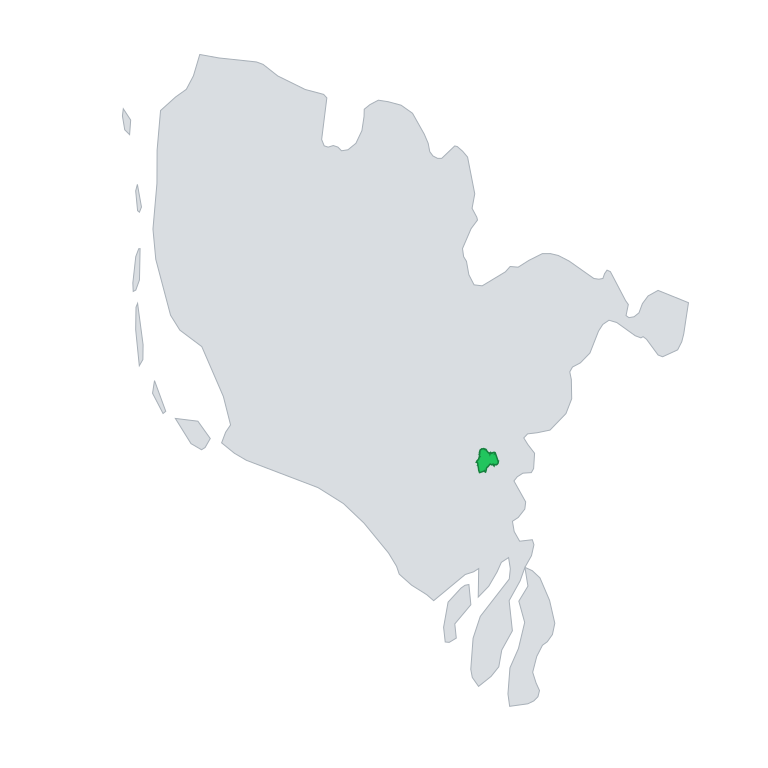 Oosterhout, Noord-Brabant, Netherlands (highlighted), rotated 277°
{"feature_id": "6326949B60940309425177", "entity_name": "Oosterhout", "entity_type": "district", "adm_level": 2, "iso_a3": "NLD", "parent_name": "Netherlands", "parent_adm1": "Noord-Brabant", "projection": "natural_earth1", "projection_center": [4.867, 51.632], "detail": "fine", "context": "in_parent", "style": "filled", "palette": "green", "viewbox_px": 768, "rotation_deg": 277, "n_neighbors": 0, "source": "geoboundaries", "source_scale": "gbopen_adm2", "svg_char_len": 5847}
<svg xmlns="http://www.w3.org/2000/svg" viewBox="0 0 768 768"><g transform="rotate(277 384 384)"><path d="M501.8,676.3L485.5,675.8L470.3,675.4L462.3,674.4L453.7,671.3L449.7,664.9L445.0,657.2L446.2,652.5L460.4,639.1L462.6,635.4L461.1,633.4L462.5,627.5L473.4,607.5L474.7,599.5L469.8,593.9L462.7,590.5L439.8,584.6L428.9,576.3L423.8,569.0L418.7,566.9L411.2,569.4L392.2,572.1L376.8,568.2L358.5,554.4L354.3,542.0L352.0,532.6L347.5,529.3L341.4,534.2L333.6,541.9L318.3,542.8L314.0,541.0L313.2,536.7L312.4,532.7L308.2,527.6L303.6,524.8L284.2,539.0L277.0,539.0L267.9,533.5L263.4,528.2L253.4,531.2L244.5,537.8L247.5,550.2L242.7,552.4L231.6,551.3L219.2,546.2L205.2,543.1L184.2,534.6L154.7,541.5L134.3,533.3L117.3,532.4L106.8,525.9L95.4,514.7L103.5,507.4L111.4,504.9L142.5,503.4L165.1,507.9L205.7,532.1L216.0,531.9L226.9,528.8L221.3,522.2L211.2,519.1L196.0,512.6L184.0,503.5L212.4,500.5L208.5,495.8L204.8,487.8L175.0,459.7L180.1,452.1L187.7,435.9L197.1,422.3L204.6,418.7L216.8,409.1L243.5,381.1L260.4,358.3L273.1,331.2L291.5,256.7L297.0,244.0L305.8,230.0L316.9,232.7L324.7,236.7L352.0,226.1L398.9,198.6L412.6,174.8L426.2,163.8L479.9,142.3L509.6,135.8L555.4,134.2L588.4,130.3L628.2,128.9L643.5,142.2L652.4,151.9L666.6,157.3L688.6,161.0L687.5,180.3L688.1,218.2L686.5,225.0L676.8,241.0L666.7,269.9L664.1,288.8L661.0,292.4L619.1,292.3L613.1,295.6L612.3,299.7L614.5,304.6L613.5,309.4L610.3,313.4L612.1,319.7L619.5,326.8L632.8,331.2L647.0,331.6L654.3,330.9L659.6,336.0L665.0,343.8L664.7,353.7L662.8,367.0L656.2,379.3L636.9,393.5L628.3,398.5L620.2,401.1L616.3,404.8L614.5,409.6L615.0,413.8L628.9,425.2L628.6,427.8L624.6,433.7L619.4,439.3L583.8,450.9L569.1,450.0L560.8,455.8L558.1,456.8L548.8,451.5L528.0,445.4L520.1,447.5L515.8,450.9L502.8,454.9L493.4,461.3L493.4,469.5L510.1,490.8L516.0,494.9L516.3,502.9L524.4,512.8L532.7,525.3L533.7,533.2L532.8,541.3L528.6,552.7L514.3,579.4L514.2,584.5L515.4,588.4L520.4,589.5L524.2,591.5L523.1,595.0L496.2,613.6L492.7,616.8L481.4,615.9L479.7,619.0L481.2,624.0L485.7,628.4L495.3,630.7L503.6,635.4L510.3,644.6L501.8,676.3ZM219.2,546.2L216.8,553.9L210.6,562.4L189.4,574.7L167.3,582.7L155.9,581.7L148.1,577.5L144.0,573.1L132.2,568.8L116.0,566.7L105.9,571.3L98.7,575.7L92.4,574.9L87.7,571.3L84.1,565.7L79.4,548.0L91.5,544.8L117.6,543.6L137.9,549.7L164.5,552.7L184.9,544.3L200.9,551.5L219.2,546.2ZM175.3,474.2L190.8,485.3L194.1,488.9L195.3,492.7L175.5,497.1L154.5,483.5L140.6,486.7L135.5,480.2L135.4,476.2L149.8,472.8L175.3,474.2ZM324.4,203.8L308.7,218.2L299.2,214.2L296.5,210.9L301.3,199.7L324.4,181.1L324.4,203.8ZM393.6,140.1L378.9,141.7L372.3,138.9L407.7,130.9L430.0,128.5L434.0,129.6L393.6,140.1ZM488.6,125.4L457.5,128.6L447.0,126.2L445.3,123.8L453.7,122.4L480.2,122.1L488.4,124.1L488.6,125.4ZM359.4,155.8L330.3,170.7L327.8,168.3L346.6,155.4L359.4,155.8ZM615.1,100.4L600.5,101.1L604.7,95.7L618.2,91.7L625.4,91.7L615.1,100.4ZM552.1,114.9L530.1,121.7L524.7,120.3L526.0,118.3L545.4,114.0L552.1,114.9Z" fill="#d9dde1" stroke="#a8b0b8" stroke-width="1"/><path d="M320.9,506.9L321.4,507.0L321.5,507.0L321.5,506.5L323.7,505.5L326.6,504.1L327.8,503.5L328.8,503.0L328.5,502.6L328.8,502.7L329.2,502.6L329.3,502.4L329.5,502.4L329.6,502.0L329.6,501.9L329.6,501.7L329.5,501.3L329.4,501.2L329.4,500.9L329.2,500.6L329.1,500.3L329.0,500.2L328.9,500.1L328.8,499.9L328.6,499.7L328.5,499.4L328.4,499.4L328.4,499.2L328.2,498.9L328.3,498.8L328.4,498.7L328.5,498.7L328.8,498.6L328.9,498.4L329.0,498.4L329.1,498.1L328.4,497.9L328.2,497.9L327.3,497.7L328.1,497.4L328.3,497.3L328.5,497.3L328.5,497.2L328.3,497.1L328.3,496.9L328.2,496.6L328.4,496.3L328.7,495.8L328.7,495.7L328.9,495.5L329.1,495.3L329.3,495.1L329.9,494.5L330.4,493.9L330.6,493.7L330.9,493.4L331.3,493.1L331.3,492.9L331.3,492.7L331.4,492.8L331.4,492.6L331.5,492.5L331.6,492.4L331.8,492.3L331.8,492.2L331.8,491.8L331.8,491.7L331.8,491.4L331.8,491.2L332.0,491.1L332.1,490.9L332.0,490.7L331.9,490.7L331.9,490.4L331.8,490.2L331.7,490.1L331.7,489.9L331.6,489.7L331.6,489.4L331.5,489.2L331.5,488.9L331.4,488.9L331.2,488.7L330.9,488.6L330.8,488.4L330.8,488.2L330.6,487.9L330.6,487.7L330.3,487.6L330.1,487.6L329.8,487.5L329.7,487.4L329.4,487.3L329.2,487.3L328.9,487.4L328.7,487.2L327.7,487.1L327.7,487.4L326.4,487.5L326.3,487.4L326.3,487.5L326.3,487.4L326.2,487.4L323.5,487.5L323.5,487.8L323.5,488.0L322.9,487.7L322.8,487.4L322.6,487.4L322.3,487.4L322.2,487.3L322.1,487.2L321.9,487.2L321.7,487.1L321.3,487.1L321.2,487.1L320.8,487.0L320.7,486.9L320.5,486.7L320.4,486.6L320.1,486.5L319.9,486.4L319.7,486.3L319.7,486.2L319.4,485.9L319.2,485.8L319.1,485.7L318.9,485.6L318.7,485.5L318.4,485.5L318.2,485.5L318.1,485.4L317.9,485.3L317.6,485.1L317.5,485.4L317.5,485.5L317.4,485.7L317.4,485.8L317.4,486.0L317.5,486.1L317.5,486.3L316.9,486.6L316.1,486.8L315.9,486.9L315.6,487.0L315.2,487.0L315.0,486.9L315.0,487.0L314.9,487.0L314.3,487.2L314.2,487.3L313.4,487.6L311.3,488.2L310.3,488.4L310.0,488.5L308.7,489.1L307.7,489.6L307.7,489.8L307.8,489.9L307.9,490.1L308.1,490.6L308.6,491.5L309.1,492.6L309.3,493.1L309.6,493.5L309.7,493.8L309.8,494.1L310.0,494.1L310.2,494.3L309.3,494.8L308.7,495.1L308.8,495.1L309.0,495.4L308.9,495.5L309.0,495.6L309.3,495.6L309.5,495.7L310.2,495.8L310.7,495.9L310.8,495.9L311.1,495.9L311.3,495.9L311.6,495.9L311.8,496.0L312.1,495.9L312.3,495.9L312.5,495.9L313.0,496.1L313.5,496.2L313.7,496.3L313.9,496.4L314.0,496.5L314.1,496.8L314.2,497.0L314.3,497.0L314.5,497.0L314.8,497.1L315.1,497.6L315.5,497.8L315.8,498.0L316.0,498.1L316.9,498.7L317.0,498.7L317.5,499.2L317.3,499.7L317.2,499.9L317.1,500.1L316.9,500.8L317.1,501.0L317.5,501.7L317.6,501.8L317.3,501.9L317.0,502.1L317.0,502.3L316.4,502.8L316.1,503.2L316.4,503.2L317.2,503.4L317.4,503.4L317.3,503.7L317.4,503.8L317.4,504.2L317.5,504.4L317.4,504.4L317.5,505.5L317.8,505.8L318.5,506.4L319.0,506.6L319.2,506.8L319.4,506.8L319.7,506.9L320.0,506.9L320.7,506.9L320.9,506.9Z" fill="#22c55e" stroke="#15803d" stroke-width="1.5"/></g></svg>